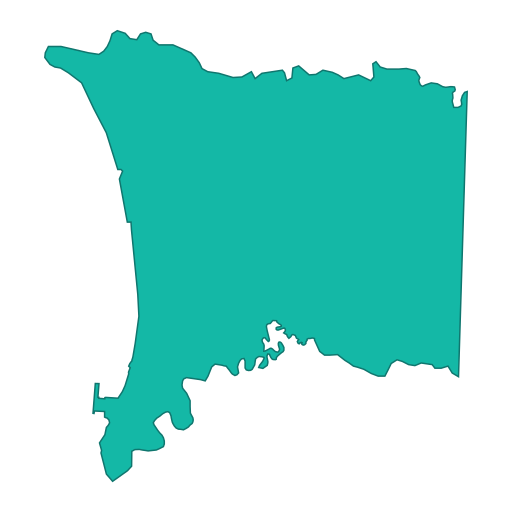 Seberang Perai Utara, Pulau Pinang, Malaysia
{"feature_id": "92858781B46264786477712", "entity_name": "Seberang Perai Utara", "entity_type": "district", "adm_level": 2, "iso_a3": "MYS", "parent_name": "Malaysia", "parent_adm1": "Pulau Pinang", "projection": "mercator", "projection_center": [100.433, 5.483], "detail": "fine", "context": "isolated", "style": "filled", "palette": "teal", "viewbox_px": 512, "rotation_deg": 0, "n_neighbors": 0, "source": "geoboundaries", "source_scale": "gbopen_adm2", "svg_char_len": 4739}
<svg xmlns="http://www.w3.org/2000/svg" viewBox="0 0 512 512"><path d="M458.5,376.7L467.2,91.5L464.6,92.4L462.4,95.7L461.1,100.1L461.5,102.4L461.7,104.4L461.0,106.0L458.1,107.4L453.8,107.4L452.3,101.8L452.3,100.2L452.9,98.0L452.7,94.6L452.4,93.2L453.1,92.1L454.8,91.0L455.2,89.6L454.5,87.0L452.2,86.7L450.2,86.7L448.3,87.0L445.7,87.3L442.7,86.7L437.4,83.8L431.2,82.9L425.4,84.9L422.7,86.3L421.4,85.8L420.2,84.7L419.4,82.7L418.8,80.8L419.1,79.4L419.8,77.5L418.9,75.8L417.7,74.2L416.3,71.6L415.2,70.5L406.3,68.5L398.6,69.1L387.0,69.1L380.2,67.0L376.0,61.7L372.8,63.8L373.9,77.0L370.7,80.7L358.6,74.9L352.3,76.5L343.9,78.6L338.1,74.9L332.3,72.3L322.9,70.2L316.0,74.4L309.2,74.9L298.7,65.9L292.9,68.0L291.9,78.0L286.6,80.7L284.5,72.8L282.4,70.2L261.9,73.3L255.1,78.6L251.4,71.7L241.9,77.0L233.0,77.5L218.8,73.3L207.7,71.7L202.0,68.6L199.3,62.8L195.1,57.0L190.9,52.8L173.0,44.9L168.3,44.9L158.9,44.9L153.1,40.2L151.0,33.9L145.7,32.3L140.5,33.9L136.8,39.7L129.9,38.6L125.2,33.3L117.3,30.7L112.1,33.9L110.0,40.7L107.3,46.5L103.7,51.2L98.9,54.4L88.4,52.8L61.1,46.5L48.4,46.5L45.3,52.8L44.8,57.5L50.0,64.4L54.8,67.0L60.5,68.0L68.4,72.8L81.6,82.8L93.7,108.5L106.3,132.7L117.8,169.5L121.0,169.5L122.6,171.1L119.4,179.0L127.3,222.1L131.0,222.1L131.5,230.0L137.8,294.6L138.9,316.2L135.2,343.4L132.9,356.9L132.5,358.3L132.0,359.8L131.8,361.1L130.9,362.0L129.7,363.8L128.7,366.2L130.2,367.7L128.5,372.2L128.7,373.9L125.1,385.6L122.4,391.6L118.0,398.2L105.6,397.4L104.9,397.6L104.8,398.8L98.8,398.3L98.8,397.3L97.9,397.3L99.0,383.6L95.3,383.5L93.0,413.3L94.0,413.5L94.5,411.0L104.6,411.5L104.6,417.1L105.9,417.7L107.2,418.1L109.0,420.1L109.6,422.9L108.1,425.5L106.4,427.4L104.9,434.7L99.5,442.9L101.6,450.4L101.0,453.0L106.4,474.1L112.6,481.3L127.5,470.7L131.6,466.2L131.8,451.3L134.8,449.6L139.3,449.4L142.3,450.0L145.1,450.4L148.1,450.9L156.3,450.0L159.3,448.7L163.4,446.6L164.3,444.0L164.3,441.0L163.4,437.7L161.9,435.1L159.8,433.0L157.6,430.2L155.9,427.6L154.0,424.8L153.3,422.7L154.6,420.5L156.8,418.1L160.0,416.0L162.6,413.8L165.6,412.1L168.0,411.7L169.7,412.7L171.0,415.8L171.4,418.3L172.3,422.2L173.1,423.9L174.4,426.1L176.1,428.0L178.3,429.1L180.7,429.3L183.5,429.8L186.0,428.5L188.4,427.0L190.1,425.0L192.1,423.5L192.9,421.8L193.2,419.9L192.9,417.9L190.4,413.2L190.1,406.7L190.1,403.5L190.1,400.7L186.7,393.4L182.6,388.2L182.0,385.0L182.6,380.9L183.7,378.9L186.5,377.6L200.5,379.6L205.2,380.9L208.0,376.1L210.4,370.1L211.7,366.9L215.1,364.1L222.0,365.2L223.9,365.8L226.3,366.2L227.6,368.0L229.3,370.1L231.3,372.9L232.3,374.0L234.9,375.5L236.9,374.8L238.6,372.9L237.5,366.9L238.6,363.2L240.1,360.4L241.6,358.9L244.0,358.5L245.1,361.1L245.1,363.7L245.1,368.0L246.3,369.9L248.5,370.5L250.7,370.3L252.2,369.3L254.7,364.9L255.2,361.3L255.6,358.9L257.3,357.4L258.9,356.5L262.1,356.8L263.9,357.4L264.2,358.0L262.7,361.3L261.6,362.7L260.5,364.1L259.6,365.3L258.7,367.5L262.9,368.4L267.2,365.4L267.7,363.5L267.9,361.9L267.5,359.6L267.0,357.3L267.0,355.7L267.9,353.9L269.5,354.3L270.0,355.7L270.8,357.3L271.8,358.8L273.0,359.5L275.3,359.7L276.2,359.3L276.4,357.6L277.5,356.1L279.8,354.1L281.5,352.7L283.1,351.6L283.9,350.2L283.9,348.8L283.9,347.5L282.9,345.4L281.4,343.0L280.5,342.2L279.4,342.0L278.7,342.3L278.3,343.6L278.4,345.2L278.9,347.0L279.4,348.5L279.6,349.5L279.2,350.5L278.8,351.2L277.8,352.2L275.4,351.6L273.9,350.4L272.5,349.0L271.3,348.3L270.2,348.3L269.1,349.0L266.2,350.5L265.0,351.1L263.8,351.2L264.1,346.9L264.1,345.4L263.6,343.8L262.6,342.5L262.2,341.0L262.0,339.9L262.8,338.6L263.6,337.8L265.1,337.8L266.3,339.4L268.3,341.5L269.3,340.8L269.4,339.5L268.9,337.7L267.1,330.4L266.4,326.6L266.7,324.9L267.4,324.2L268.6,323.7L270.2,323.5L271.3,322.3L272.0,321.3L272.9,320.5L274.5,320.6L276.6,320.7L276.8,321.9L278.8,323.7L280.5,324.6L281.3,325.4L281.3,326.3L280.4,326.7L279.0,326.9L277.5,327.1L276.3,327.6L276.1,329.1L276.7,329.8L278.0,330.1L280.1,329.4L282.3,328.6L283.9,328.1L284.7,328.2L285.0,328.8L285.4,329.7L285.1,331.3L284.3,332.2L283.7,332.9L285.4,334.0L286.6,334.4L287.3,336.2L287.9,337.2L288.9,338.3L290.8,336.7L291.8,335.0L292.9,334.5L295.3,335.4L295.8,336.6L296.5,338.2L297.7,338.8L298.7,339.6L297.8,340.7L297.3,341.6L298.2,343.4L299.2,343.8L300.1,342.7L301.2,342.3L302.1,342.7L301.5,343.7L302.1,344.5L303.2,345.1L304.5,344.8L305.6,343.8L306.0,343.1L305.8,342.1L307.1,340.2L307.0,339.3L308.2,338.5L309.8,338.5L311.0,338.3L311.9,338.0L313.6,338.2L314.5,338.5L314.5,339.9L319.7,351.4L324.5,355.1L329.7,355.1L337.6,354.6L345.0,360.4L349.2,363.0L353.4,366.1L357.6,367.2L363.9,369.3L371.3,373.5L378.1,376.1L384.9,376.1L388.1,369.8L391.2,363.5L397.0,359.8L402.3,361.4L408.6,364.6L414.9,365.6L421.2,363.0L432.2,364.6L434.9,368.2L441.2,368.2L448.0,366.1L452.2,373.0L458.5,376.7Z" fill="#14b8a6" stroke="#0f766e" stroke-width="1.5"/></svg>